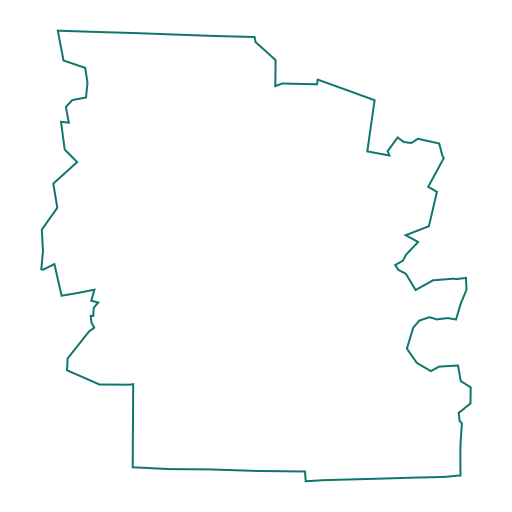 outline of Worcester, Massachusetts, United States of America
{"feature_id": "52423323B99860119642972", "entity_name": "Worcester", "entity_type": "district", "adm_level": 2, "iso_a3": "USA", "parent_name": "United States of America", "parent_adm1": "Massachusetts", "projection": "robinson", "projection_center": [-71.838, 42.365], "detail": "fine", "context": "isolated", "style": "outline", "palette": "teal", "viewbox_px": 512, "rotation_deg": 0, "n_neighbors": 0, "source": "geoboundaries", "source_scale": "gbopen_adm2", "svg_char_len": 1561}
<svg xmlns="http://www.w3.org/2000/svg" viewBox="0 0 512 512"><path d="M41.3,269.3L43.1,269.7L54.4,264.1L61.6,295.7L77.1,293.1L94.4,289.7L91.3,300.7L98.2,302.5L93.7,307.9L93.3,316.0L90.7,315.8L91.4,322.4L94.2,327.7L89.0,331.5L67.6,358.5L67.0,370.3L99.5,384.5L129.6,384.7L133.2,384.2L132.7,467.3L149.9,468.1L151.2,468.2L169.8,469.1L209.0,469.4L221.5,469.8L258.6,471.0L262.1,471.0L305.0,471.5L305.7,481.3L322.8,480.2L366.6,479.0L384.8,478.5L404.7,477.9L414.9,477.6L420.0,477.5L429.0,477.3L444.6,476.9L445.4,476.9L445.5,476.8L458.5,475.6L459.1,475.6L459.6,475.5L460.5,475.5L460.4,466.4L460.4,445.4L461.9,423.3L459.6,421.0L458.7,412.9L470.5,403.4L470.7,387.4L460.8,381.1L458.0,365.5L439.1,366.6L430.8,371.1L416.8,362.9L406.9,348.6L408.4,343.7L413.2,327.7L419.3,320.6L429.3,317.2L433.6,318.4L436.4,319.4L447.9,318.1L456.0,319.5L460.8,303.4L466.5,289.8L466.0,277.9L456.5,279.1L453.5,278.7L433.0,280.3L415.6,290.0L405.8,273.7L398.5,270.0L395.2,265.1L402.8,260.7L406.3,254.4L418.1,242.0L405.7,235.2L428.9,226.2L434.1,203.9L436.9,191.8L428.2,186.8L443.8,158.1L442.4,155.8L439.2,143.5L417.9,138.8L411.3,143.0L403.8,142.0L397.6,137.5L387.7,151.1L389.4,155.5L367.3,151.4L374.6,100.2L317.7,79.6L317.0,84.3L282.3,83.5L275.3,86.1L275.6,60.1L255.5,42.0L254.6,37.1L239.3,36.6L239.1,36.6L212.3,35.9L162.5,34.1L161.1,34.0L145.9,33.5L139.0,33.2L98.5,32.0L57.8,30.7L63.5,60.5L85.2,67.9L87.5,82.9L86.0,97.5L72.2,100.1L65.9,107.0L68.8,122.7L61.0,121.8L64.7,149.5L77.1,162.1L53.3,183.6L57.3,207.8L41.8,229.6L43.0,251.3L41.3,269.3Z" fill="none" stroke="#0f766e" stroke-width="2"/></svg>